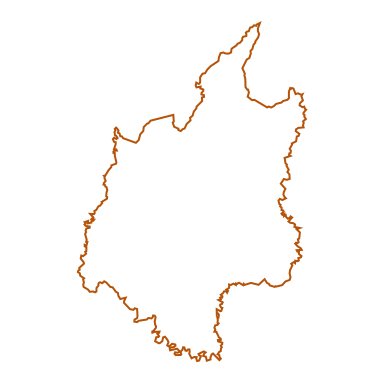 Caçapava do Sul, Rio Grande do Sul, Brazil
{"feature_id": "56859067B31876797610836", "entity_name": "Caçapava do Sul", "entity_type": "district", "adm_level": 2, "iso_a3": "BRA", "parent_name": "Brazil", "parent_adm1": "Rio Grande do Sul", "projection": "mercator", "projection_center": [-53.469, -30.552], "detail": "fine", "context": "isolated", "style": "outline", "palette": "amber", "viewbox_px": 384, "rotation_deg": 0, "n_neighbors": 0, "source": "geoboundaries", "source_scale": "gbopen_adm2", "svg_char_len": 5988}
<svg xmlns="http://www.w3.org/2000/svg" viewBox="0 0 384 384"><path d="M210.5,359.5L210.4,357.6L211.7,354.3L213.0,353.5L219.4,360.1L220.8,358.7L219.6,357.1L219.3,355.1L217.6,354.3L219.4,351.7L220.7,351.2L221.0,348.3L221.8,347.3L220.8,345.7L222.2,344.1L222.3,342.7L218.1,341.4L217.9,340.1L220.8,339.9L220.6,338.5L219.0,337.5L216.3,331.8L214.4,331.7L215.3,329.6L214.4,327.7L215.3,325.3L217.3,325.0L218.6,323.4L217.5,322.8L217.8,320.1L217.2,316.5L218.5,317.3L218.9,314.7L217.7,313.2L216.8,314.1L216.7,309.2L220.4,311.2L221.3,310.9L222.3,307.9L221.3,307.7L220.1,305.8L220.2,304.6L222.0,303.9L222.7,302.3L218.5,300.0L220.8,299.3L220.1,297.7L221.2,297.1L222.2,297.5L222.4,296.3L220.8,294.8L223.0,293.2L224.1,291.3L226.2,291.3L227.1,292.7L228.0,290.8L226.4,289.6L229.2,287.8L229.1,284.5L230.8,285.0L233.5,283.6L235.9,285.0L236.0,283.5L237.3,283.9L238.4,282.9L239.4,282.9L243.1,285.2L243.7,283.8L244.6,284.9L251.0,282.9L258.6,284.8L264.6,279.2L267.0,282.9L269.2,284.1L269.7,285.4L274.8,286.9L275.6,286.2L276.6,286.5L282.2,285.1L285.4,281.5L289.7,279.9L290.5,277.2L289.6,273.3L290.0,270.3L292.4,265.3L291.2,263.8L293.6,262.2L295.1,263.2L295.2,260.7L297.8,261.2L298.8,260.5L298.3,258.1L300.9,257.4L301.5,256.1L298.9,254.0L299.0,251.8L297.4,251.6L296.7,250.2L301.7,249.9L300.8,248.3L297.5,246.2L295.2,243.6L296.1,242.7L297.5,243.0L298.6,242.2L297.9,239.3L299.2,238.5L299.9,232.4L296.5,229.1L299.7,228.0L294.4,226.8L295.1,224.5L293.1,223.1L290.3,222.8L288.5,221.5L292.1,217.5L290.6,216.4L289.8,217.7L287.9,218.7L286.2,217.1L285.7,215.1L284.1,216.1L284.4,213.9L282.5,214.9L281.5,213.7L283.7,211.5L283.1,210.4L281.5,210.0L281.6,207.6L280.1,206.3L280.6,204.8L279.2,203.8L278.5,200.6L279.8,198.9L282.4,200.0L285.9,198.3L284.4,196.9L283.4,194.4L283.8,192.1L285.4,188.8L280.8,183.6L283.9,179.0L286.8,179.8L289.7,178.9L289.4,174.3L287.4,172.0L288.7,169.7L286.5,165.8L286.9,164.6L285.5,163.2L284.6,157.9L290.5,155.9L289.1,155.1L289.3,153.4L290.6,152.9L290.9,150.7L289.7,148.8L292.1,144.6L291.8,143.5L296.1,141.3L296.8,136.5L298.6,135.9L299.4,133.8L295.8,131.2L296.0,129.4L298.3,127.9L303.6,127.4L303.0,125.2L303.7,123.0L303.1,121.3L305.9,119.0L304.3,116.7L304.5,114.9L303.5,114.2L303.5,112.8L306.1,109.7L305.2,109.2L304.2,106.6L302.5,107.2L299.6,105.4L299.9,103.3L302.9,100.4L301.4,96.3L302.4,94.3L301.2,94.8L298.0,93.3L295.6,94.1L293.5,88.6L292.0,88.0L291.1,88.8L290.2,88.1L288.9,91.6L288.9,98.3L287.4,99.8L283.2,101.0L281.4,102.6L276.1,103.9L274.0,106.0L271.2,107.5L268.7,106.5L267.1,107.4L254.5,99.9L252.0,100.1L247.7,96.7L248.9,92.5L248.1,89.6L247.1,89.5L245.5,87.0L245.3,78.7L244.4,75.3L244.8,73.6L242.4,68.2L246.7,59.6L249.4,57.9L250.8,53.6L250.5,50.9L252.4,49.0L253.6,44.6L255.2,42.8L255.4,41.3L258.1,37.5L259.1,34.1L257.9,31.2L257.9,28.5L259.9,23.0L256.6,24.6L256.2,25.8L254.0,25.3L252.3,27.1L250.1,27.6L248.8,31.2L246.8,31.7L245.8,32.8L246.4,34.0L246.3,36.0L243.0,36.8L242.3,38.1L242.2,40.2L239.9,42.8L237.6,43.7L236.3,45.5L231.6,48.7L231.0,52.5L228.7,53.6L225.6,53.5L223.3,52.5L220.5,53.2L219.0,57.1L218.4,61.0L210.7,66.1L207.4,69.5L205.1,73.2L202.5,73.7L200.1,77.4L200.2,81.9L199.6,83.5L198.7,83.9L196.3,82.6L195.7,85.6L196.5,87.4L200.6,86.6L200.3,88.4L203.3,89.5L203.3,90.9L201.5,93.0L201.4,94.4L203.9,95.1L204.0,96.9L201.9,97.5L202.2,101.0L196.5,106.7L196.4,108.3L193.8,111.6L192.6,115.7L190.1,117.7L190.5,120.4L186.7,123.9L184.6,128.5L182.6,129.2L180.8,131.0L178.4,130.1L178.4,128.7L174.2,126.8L172.7,122.7L173.8,121.5L173.3,114.9L150.5,120.7L148.5,123.3L147.1,123.6L143.7,127.1L143.3,131.0L140.3,134.2L138.7,140.1L135.9,142.8L123.1,138.2L121.9,136.4L120.3,136.2L119.5,133.4L117.9,132.7L118.5,130.6L117.2,128.7L116.1,127.6L114.8,128.9L115.4,130.4L114.5,132.2L115.1,135.5L116.2,135.8L117.6,138.0L116.5,139.0L114.0,137.8L112.9,139.1L114.0,141.8L115.7,142.2L115.6,144.5L114.0,149.1L116.3,149.4L116.8,150.6L114.5,150.5L113.4,151.5L113.5,153.0L114.7,152.8L114.9,156.2L116.4,162.3L116.0,163.7L111.5,165.3L111.2,167.2L108.8,169.8L105.4,175.4L104.0,175.8L104.8,176.7L104.4,178.0L105.7,180.9L103.9,183.0L103.5,184.6L104.8,184.8L105.4,186.6L106.5,187.1L107.3,190.3L106.5,192.5L106.2,196.4L107.2,197.0L107.0,198.7L101.6,202.0L102.2,203.1L99.9,205.8L98.4,206.3L96.2,210.0L94.4,211.0L94.7,213.1L94.0,214.1L90.2,213.9L93.3,217.4L91.6,219.0L94.2,219.5L93.2,220.8L91.4,221.1L91.4,222.6L87.8,223.4L88.1,220.9L84.7,222.1L85.6,223.1L84.5,224.6L85.8,225.9L89.7,226.6L89.6,227.8L86.5,228.4L85.6,230.5L86.1,232.1L85.1,234.0L86.7,239.8L86.2,241.8L87.4,241.9L86.4,245.6L84.7,244.8L84.7,246.3L86.4,247.3L86.3,251.2L85.2,251.8L86.1,253.7L83.0,256.2L81.3,255.5L80.7,258.5L83.6,262.2L84.0,263.6L79.2,268.0L79.7,269.7L78.3,270.6L77.9,272.1L79.8,273.3L80.3,275.8L84.1,278.3L83.1,279.3L83.9,282.5L83.2,284.8L83.6,286.9L88.1,289.6L89.7,291.8L93.2,291.5L95.1,292.3L96.4,291.5L96.5,287.9L98.4,285.7L98.4,283.8L99.1,282.7L100.2,282.3L102.3,283.2L104.2,281.3L106.4,282.6L110.3,286.9L112.6,287.3L115.8,291.7L117.9,292.9L118.4,295.9L120.3,299.0L125.7,297.7L124.1,301.2L124.0,302.8L130.1,309.2L133.4,309.8L134.8,308.3L137.1,309.0L137.5,315.9L137.1,318.2L134.6,319.5L134.3,321.6L137.1,322.1L138.7,320.8L146.9,319.5L148.3,318.0L151.5,318.4L152.7,317.3L153.1,315.5L154.8,315.7L155.6,317.2L154.7,321.6L155.2,324.9L156.1,326.4L155.9,327.8L153.5,330.9L152.3,331.5L152.4,332.7L154.4,331.9L159.5,331.6L159.1,332.8L157.3,333.8L159.1,336.2L158.4,337.0L156.3,337.2L155.1,341.2L158.9,343.3L160.2,342.9L162.3,341.1L163.1,337.4L164.9,336.7L167.3,339.6L168.5,342.1L167.2,345.4L168.2,346.1L169.4,346.2L172.1,343.8L175.3,344.5L175.5,345.7L174.2,346.9L169.6,347.8L170.1,350.3L177.1,348.7L179.4,351.1L178.8,352.3L177.6,352.7L175.1,352.3L174.5,353.8L175.7,355.1L180.7,355.0L181.3,354.1L180.5,351.7L182.4,349.9L183.1,347.3L184.3,347.4L185.4,350.6L186.8,350.9L187.8,349.5L189.4,349.4L189.7,351.7L189.2,353.7L191.6,358.3L194.2,357.0L196.6,357.1L196.2,358.4L197.1,361.0L199.2,360.5L200.9,356.1L199.1,355.3L198.5,354.0L203.7,351.4L205.6,352.4L204.2,353.6L203.2,355.9L205.9,356.7L206.8,360.7L210.5,359.5Z" fill="none" stroke="#b45309" stroke-width="2"/></svg>